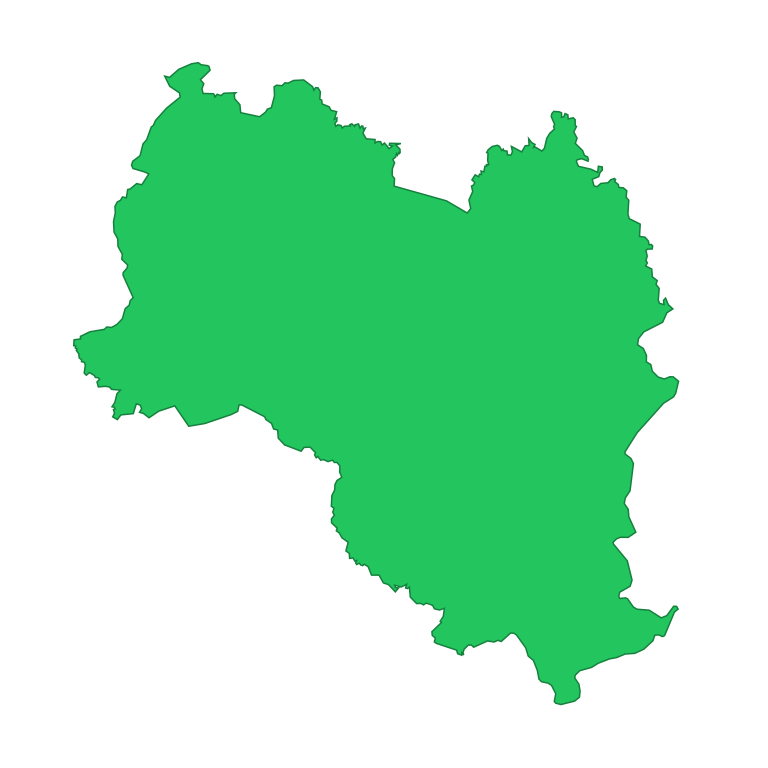 Yahualica de González Gallo, Jalisco, Mexico (orthographic projection), rotated 5°
{"feature_id": "50627088B73068630585578", "entity_name": "Yahualica de González Gallo", "entity_type": "district", "adm_level": 2, "iso_a3": "MEX", "parent_name": "Mexico", "parent_adm1": "Jalisco", "projection": "orthographic", "projection_center": [-102.91, 21.123], "detail": "fine", "context": "isolated", "style": "filled", "palette": "green", "viewbox_px": 768, "rotation_deg": 5, "n_neighbors": 0, "source": "geoboundaries", "source_scale": "gbopen_adm2", "svg_char_len": 6119}
<svg xmlns="http://www.w3.org/2000/svg" viewBox="0 0 768 768"><g transform="rotate(5 384 384)"><path d="M523.2,630.3L531.8,621.1L535.0,620.9L537.8,622.4L548.2,634.5L551.4,642.5L556.9,646.3L561.7,655.9L564.1,664.5L566.9,666.9L573.6,667.7L577.2,669.7L582.1,677.6L581.3,685.4L582.9,687.0L588.2,687.9L601.5,683.3L606.0,679.0L606.1,672.8L604.3,666.0L599.6,660.1L600.0,657.3L603.9,652.6L615.5,648.2L621.6,643.6L632.6,638.2L639.5,636.3L647.8,632.0L657.2,630.5L666.0,625.5L674.3,616.3L675.7,610.6L679.7,610.0L683.4,611.4L685.4,610.3L693.2,586.0L696.6,582.6L694.9,580.1L692.0,580.1L685.9,590.1L680.5,592.8L667.9,586.2L655.7,586.3L651.8,584.4L645.4,576.8L643.4,576.0L637.6,577.1L636.3,574.9L637.0,570.8L646.8,564.1L648.2,557.7L641.8,539.0L626.4,523.3L626.1,521.6L629.1,518.0L632.8,516.1L640.6,515.5L647.8,509.7L639.5,495.0L638.2,487.5L633.8,482.2L634.3,476.5L638.4,469.0L639.4,441.5L636.4,436.6L630.3,432.7L630.0,430.6L640.4,410.5L664.2,378.8L673.6,371.6L675.4,367.7L677.2,355.6L671.6,351.7L668.3,351.8L662.8,354.6L656.5,353.2L650.2,347.9L648.1,341.4L643.4,339.0L643.0,332.7L639.2,326.0L633.2,322.8L633.6,316.6L638.2,309.5L656.2,298.2L659.6,288.4L665.2,284.0L660.3,280.2L657.0,273.9L655.2,276.2L656.0,280.5L651.3,279.6L649.9,276.2L649.8,264.8L646.3,261.0L647.2,257.2L642.0,253.9L640.7,246.1L634.4,243.7L635.8,240.3L634.2,238.2L635.1,233.7L633.3,228.2L634.8,226.6L639.4,226.2L639.6,223.0L638.1,221.7L635.9,222.1L634.9,218.5L631.2,215.0L625.7,214.7L625.3,202.4L613.9,197.9L612.2,193.5L611.8,179.6L608.9,176.9L609.0,170.3L605.3,167.7L600.8,167.7L599.9,164.8L596.1,162.2L596.9,160.1L595.6,159.2L592.0,160.8L589.6,164.0L582.5,165.3L579.0,168.9L575.9,168.3L573.6,161.9L579.9,158.7L580.7,154.6L582.8,152.0L582.5,148.7L578.6,148.4L578.4,154.6L571.5,152.0L558.8,150.2L556.2,145.5L556.9,143.8L561.3,142.3L567.8,144.3L568.1,142.7L567.0,140.0L563.8,138.9L561.5,134.2L553.6,127.6L554.9,122.3L551.1,116.3L553.3,110.7L551.9,109.6L551.4,104.0L549.3,102.3L544.4,103.8L543.7,99.8L540.8,98.8L539.8,102.1L537.6,102.8L537.3,98.5L535.1,97.6L529.4,97.6L527.6,100.1L527.3,103.0L531.4,110.6L530.5,112.8L531.6,115.1L527.3,119.8L524.7,125.1L523.3,135.1L521.0,138.2L514.0,134.7L512.4,135.3L513.6,132.2L510.1,130.7L506.7,127.0L507.8,133.7L503.9,134.4L501.0,140.8L490.2,136.2L491.7,141.5L490.5,145.0L487.0,144.9L486.2,141.2L483.1,141.2L482.3,139.6L481.0,141.1L478.3,137.2L476.2,136.3L471.2,137.9L467.5,141.4L466.1,144.5L467.5,145.0L467.8,152.5L469.2,156.3L467.0,156.5L467.3,158.0L465.6,158.2L465.0,163.9L462.1,163.4L462.8,166.8L460.8,166.7L460.2,169.3L456.6,167.7L453.8,173.0L456.8,175.3L456.0,177.8L453.9,179.2L455.6,184.5L452.6,193.3L455.1,201.7L452.0,206.4L430.2,196.1L376.8,186.0L376.6,178.4L374.2,176.0L373.8,173.3L373.6,168.6L375.3,162.8L373.2,159.5L375.9,156.8L376.3,153.5L377.5,155.0L378.4,152.3L379.2,153.1L379.9,152.1L379.4,148.6L374.9,144.8L379.9,143.0L368.6,143.7L368.4,145.6L371.7,146.2L368.6,149.1L363.5,143.9L361.2,146.1L359.5,142.9L356.4,143.0L354.0,144.7L353.8,141.2L344.9,141.3L341.1,135.8L343.1,130.7L341.1,131.6L340.5,129.0L339.2,128.9L337.9,131.2L335.9,127.1L332.6,128.3L332.2,129.9L329.3,127.6L327.4,128.6L328.0,129.8L322.0,130.7L320.2,132.6L318.8,130.3L315.5,129.8L313.6,131.5L312.3,128.5L314.1,126.4L313.9,122.9L311.5,124.6L313.1,116.8L307.4,116.0L305.2,112.6L298.0,110.4L297.2,106.6L295.2,105.8L295.2,98.6L292.5,94.7L290.0,94.7L288.5,97.4L286.9,94.0L277.5,88.1L267.4,89.5L262.4,92.6L259.0,92.6L256.5,95.7L251.0,95.7L248.6,97.5L249.8,106.4L247.7,118.6L243.9,120.3L242.3,123.5L236.8,128.6L217.6,126.2L216.1,118.3L210.4,112.9L209.6,108.4L211.0,106.8L199.2,108.3L196.3,110.9L192.6,109.9L190.2,113.5L190.4,111.5L188.8,109.7L178.4,110.3L176.9,105.6L178.3,100.5L174.6,96.9L183.4,86.6L181.9,82.8L180.4,82.2L174.0,81.9L171.0,80.1L164.5,81.7L152.1,88.4L143.7,97.2L138.7,96.4L144.6,106.1L154.9,111.8L155.9,116.0L143.3,128.2L133.4,141.4L131.7,146.5L129.7,148.4L126.3,161.3L123.0,165.8L121.1,177.8L114.3,184.0L113.4,188.0L115.2,191.2L127.3,193.7L131.3,195.2L131.0,196.0L125.4,206.6L120.1,205.9L114.2,211.8L111.7,212.6L111.1,221.0L107.2,220.4L105.4,224.0L102.4,225.9L100.5,230.5L101.4,237.1L100.4,246.0L101.9,256.4L106.1,262.6L107.0,270.1L112.0,277.6L111.9,282.6L118.3,287.8L117.9,291.0L114.5,295.7L114.5,298.3L126.6,319.8L123.9,323.1L123.3,327.7L119.6,331.5L117.7,341.7L112.9,347.8L107.7,351.4L102.8,351.4L100.7,353.9L86.5,357.6L77.4,363.0L77.8,365.5L71.4,367.0L71.6,372.8L73.4,372.9L73.3,375.0L75.3,376.0L74.5,377.3L77.3,380.5L78.1,384.6L80.6,386.2L80.7,388.1L83.6,388.5L84.8,390.9L84.4,399.3L86.7,401.2L89.6,398.3L94.8,400.8L95.9,402.6L98.9,402.7L100.3,404.0L97.9,407.0L99.7,411.8L106.7,410.6L110.9,410.9L113.1,413.1L121.9,413.1L118.8,417.1L117.5,425.8L115.0,430.4L117.5,430.7L118.3,432.3L116.7,433.0L118.1,436.5L116.6,440.4L121.5,442.7L124.6,437.7L136.8,435.4L139.0,425.3L143.0,426.3L144.7,429.8L142.9,433.5L146.9,434.3L152.9,438.1L162.0,430.7L177.5,424.0L193.2,443.1L208.9,439.0L234.6,427.7L240.7,423.9L241.4,417.5L244.2,417.3L268.0,427.0L269.4,429.7L275.4,433.1L278.0,438.5L282.1,439.1L283.4,447.2L290.2,453.3L307.3,458.2L309.8,454.2L315.8,453.3L321.8,458.4L321.0,460.6L322.9,463.4L324.4,462.0L327.5,465.4L330.4,464.6L335.0,466.2L339.4,464.3L341.3,466.5L343.8,466.2L347.2,469.4L347.5,475.6L350.1,480.6L345.6,484.2L343.9,488.4L344.1,493.9L341.8,499.6L342.2,510.4L345.0,512.1L344.1,516.1L346.0,519.0L343.4,523.0L343.9,526.9L349.9,531.7L349.3,534.4L352.5,536.4L355.4,540.8L362.1,544.8L360.6,553.6L364.2,555.8L364.9,560.7L368.4,560.0L370.4,563.0L372.2,562.3L371.4,564.7L372.4,566.2L375.1,564.7L376.5,566.3L378.7,566.8L380.0,565.3L384.1,567.3L388.2,575.5L395.7,574.8L400.7,582.2L406.1,583.5L413.4,590.1L416.3,585.9L413.2,585.9L412.1,583.5L418.9,584.7L424.0,581.6L423.3,585.4L425.4,585.7L427.0,584.1L428.8,594.0L435.6,599.9L439.9,599.4L442.7,600.6L444.6,598.8L447.2,599.0L451.7,600.3L453.9,603.6L459.1,604.3L463.7,602.2L463.3,610.4L460.6,615.5L462.1,616.5L453.3,626.6L454.0,630.3L457.3,632.6L456.6,636.5L458.7,637.8L479.5,642.8L480.9,646.3L485.1,647.4L484.9,645.0L487.0,647.0L486.1,644.5L486.9,641.3L490.7,636.8L493.8,636.4L496.3,638.4L509.4,631.0L516.2,631.4L519.9,629.4L523.2,630.3Z" fill="#22c55e" stroke="#15803d" stroke-width="1.5"/></g></svg>